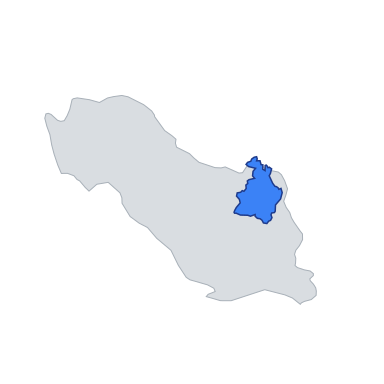 location of Kuçovë, Korçë, Albania, rotated 311°
{"feature_id": "67620474B90792074310011", "entity_name": "Kuçovë", "entity_type": "district", "adm_level": 2, "iso_a3": "ALB", "parent_name": "Albania", "parent_adm1": "Korçë", "projection": "equal_earth", "projection_center": [20.706, 40.677], "detail": "fine", "context": "in_parent", "style": "filled", "palette": "blue", "viewbox_px": 384, "rotation_deg": 311, "n_neighbors": 0, "source": "geoboundaries", "source_scale": "gbopen_adm2", "svg_char_len": 2424}
<svg xmlns="http://www.w3.org/2000/svg" viewBox="0 0 384 384"><g transform="rotate(311 192 192)"><path d="M125.1,113.7L125.4,108.3L126.7,99.9L126.0,97.1L126.8,92.2L124.4,85.8L120.3,81.2L124.3,73.0L130.1,63.1L135.5,55.2L142.1,47.1L146.4,39.3L151.1,32.5L155.1,30.5L157.1,31.9L158.1,34.8L157.9,43.5L159.2,46.6L162.0,48.8L167.8,47.7L174.3,45.5L183.0,40.9L184.5,41.2L187.7,43.6L194.4,54.1L198.8,63.4L207.6,66.6L212.5,70.2L218.8,75.7L221.9,81.3L226.2,98.2L226.7,108.5L225.4,113.2L224.3,114.4L220.4,131.1L221.3,139.7L221.3,145.3L217.9,147.5L215.7,151.0L219.3,165.0L218.9,171.0L219.0,177.8L225.5,193.4L229.3,198.2L232.7,200.6L237.1,215.0L239.7,217.5L250.4,216.1L255.6,217.7L257.7,221.1L258.2,223.4L257.5,231.5L260.1,237.7L263.7,244.1L263.7,248.1L261.3,254.5L257.1,262.0L251.4,264.8L245.1,267.3L242.2,273.1L240.6,279.3L237.8,283.9L236.1,288.9L233.5,299.2L232.8,302.9L228.6,306.7L222.0,308.3L216.1,308.6L212.2,310.3L210.1,313.8L206.4,316.7L204.1,318.0L204.1,321.1L206.8,327.6L209.9,333.0L210.0,337.2L208.5,338.4L203.7,337.9L202.6,339.5L202.1,344.2L200.8,348.3L198.8,350.8L195.4,353.5L189.1,352.6L183.2,348.6L180.1,347.3L178.3,347.4L177.9,337.4L175.3,329.6L166.0,311.0L135.7,292.9L128.6,284.7L125.5,277.9L122.4,271.4L125.4,271.3L128.4,272.9L132.1,274.8L133.7,271.6L132.1,264.6L124.4,248.1L123.8,243.6L127.7,229.8L134.2,214.4L133.9,195.8L136.0,181.7L133.8,172.6L132.9,161.4L137.6,146.6L141.6,142.9L144.1,138.2L144.3,122.4L135.4,115.1L125.1,113.7Z" fill="#d9dde1" stroke="#a8b0b8" stroke-width="1"/><path d="M218.1,228.3L217.5,232.6L215.4,235.5L209.4,235.6L207.6,236.0L206.2,236.3L204.3,237.0L203.9,238.0L205.0,239.3L206.4,243.7L211.0,249.3L212.1,252.0L216.4,254.4L215.1,255.6L215.0,258.6L216.5,261.0L216.6,263.4L215.5,266.2L217.3,269.2L220.3,269.0L222.1,269.9L225.1,269.2L226.6,266.6L228.4,265.9L230.6,267.7L232.1,267.4L237.0,263.5L244.9,263.4L250.7,260.5L253.1,256.8L251.0,255.8L251.6,254.5L251.5,252.3L250.7,250.9L251.5,247.2L254.9,239.6L257.5,239.0L259.8,237.8L261.7,236.9L261.4,234.0L260.2,233.4L261.0,231.3L261.0,230.3L260.0,229.8L256.1,233.1L255.6,230.4L259.0,227.7L258.0,226.2L260.2,222.8L257.9,220.3L259.8,219.5L261.0,217.6L259.0,216.1L256.0,215.4L253.8,216.2L250.8,214.5L248.3,214.7L248.3,218.0L251.6,224.4L247.7,224.5L243.9,227.1L243.4,230.3L238.7,226.9L236.6,226.5L235.0,228.5L232.6,228.1L230.2,230.6L226.6,230.7L226.0,229.0L223.7,228.9L221.0,226.7L218.1,228.3Z" fill="#3b82f6" stroke="#1e3a8a" stroke-width="1.5"/></g></svg>